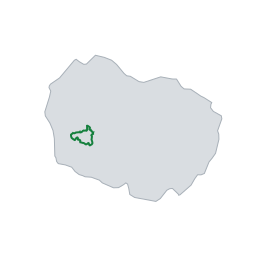 Probištip highlighted on a map of North Macedonia, rotated 216°
{"feature_id": "MKD-2904", "entity_name": "Probištip", "entity_type": "Statistical Region", "adm_level": 1, "iso_a3": "MKD", "parent_name": "North Macedonia", "parent_adm1": "", "projection": "mercator", "projection_center": [22.168, 41.948], "detail": "fine", "context": "in_parent", "style": "outline", "palette": "green", "viewbox_px": 256, "rotation_deg": 216, "n_neighbors": 0, "source": "natural_earth", "source_scale": "10m", "svg_char_len": 2373}
<svg xmlns="http://www.w3.org/2000/svg" viewBox="0 0 256 256"><g transform="rotate(216 128 128)"><path d="M116.6,68.5L120.5,69.0L128.8,66.6L134.1,63.3L136.7,62.8L140.2,61.6L145.3,61.7L150.5,63.2L157.0,61.3L163.5,58.2L166.1,59.0L168.9,61.6L170.7,62.3L181.4,76.2L187.2,81.9L194.1,86.1L202.0,89.2L204.8,92.2L209.8,107.0L212.2,112.5L215.6,114.2L216.4,115.8L216.5,117.9L212.8,128.3L211.2,151.3L210.3,153.1L206.4,153.0L201.2,153.5L199.2,155.3L197.1,167.7L188.7,171.2L181.1,173.2L174.6,172.7L163.3,169.8L159.7,169.5L156.5,171.2L146.4,172.0L142.0,174.2L131.6,188.6L121.1,193.6L117.5,196.1L109.5,192.9L105.6,192.6L100.1,196.2L87.9,196.6L84.6,197.2L75.2,197.8L74.8,195.8L73.1,192.9L68.7,191.6L59.7,192.7L57.5,190.6L53.9,178.4L51.0,176.4L47.8,172.3L42.3,159.0L42.2,153.2L42.5,148.1L39.5,136.1L41.4,133.0L44.2,131.1L44.2,126.3L43.4,118.9L46.7,104.4L47.6,103.4L48.5,104.1L56.5,105.2L58.6,103.4L60.0,100.5L60.4,89.9L62.3,85.0L81.8,75.7L87.5,75.3L91.9,79.6L95.4,82.4L97.5,82.3L98.3,79.5L100.6,74.2L104.6,71.1L116.5,68.5L116.6,68.5Z" fill="#d9dde1" stroke="#a8b0b8" stroke-width="1"/><path d="M164.6,96.5L164.3,96.3L164.1,96.3L163.6,96.7L163.1,97.7L162.9,98.4L162.8,99.2L162.4,99.9L161.8,100.2L161.3,100.6L160.8,101.2L160.4,101.2L160.1,101.3L159.9,101.8L160.0,102.4L160.9,103.7L162.4,105.7L162.1,106.0L161.5,106.1L160.5,106.1L159.6,106.1L158.9,105.8L158.7,105.1L158.7,104.6L158.5,104.3L158.0,104.1L157.2,104.6L156.9,104.3L156.6,104.1L156.4,104.2L156.2,104.3L155.6,104.2L155.1,103.9L154.6,103.8L154.1,103.8L153.7,104.0L153.7,103.7L153.2,103.2L152.8,102.7L153.2,102.2L153.4,101.6L153.4,101.0L153.4,100.6L153.1,100.4L152.5,100.3L152.1,99.8L151.3,98.4L150.7,97.2L150.0,96.7L148.8,95.8L147.9,94.9L147.7,94.2L147.8,93.2L148.2,92.5L148.5,91.7L148.8,91.5L149.1,91.5L149.5,91.7L150.2,92.1L150.7,92.5L151.0,92.6L151.3,92.5L151.4,92.1L151.6,91.4L151.9,90.7L152.3,90.1L152.7,89.9L153.3,89.9L154.2,89.9L155.1,89.8L155.7,89.4L157.4,88.8L158.2,88.4L158.8,88.9L159.1,89.6L159.5,89.9L160.3,89.9L160.7,89.8L161.1,89.4L161.4,89.2L161.8,89.3L162.1,89.7L162.5,90.3L163.1,90.6L163.4,90.6L163.9,89.9L163.9,88.7L163.9,87.1L164.1,86.9L164.6,86.9L165.4,86.8L166.5,86.8L167.8,86.9L168.6,87.4L169.6,88.3L170.2,89.2L170.1,89.6L169.8,90.5L169.6,91.6L169.3,91.6L168.8,91.9L168.2,92.3L167.8,93.0L167.5,93.7L166.5,94.6L165.6,95.4L165.0,95.9L164.6,96.4L164.6,96.5Z" fill="none" stroke="#15803d" stroke-width="2"/></g></svg>